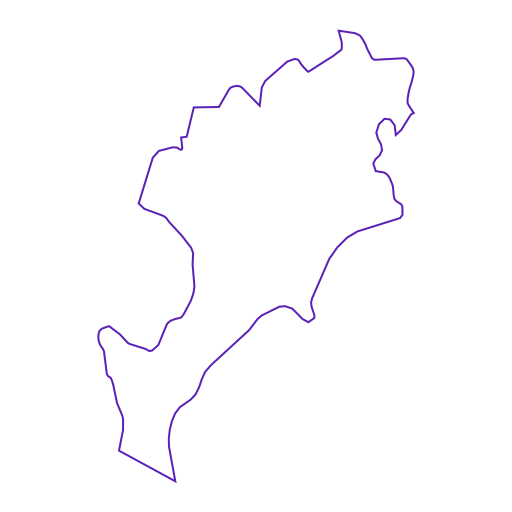 the Department of Jutiapa
{"feature_id": "GTM-1962", "entity_name": "Jutiapa", "entity_type": "Department", "adm_level": 1, "iso_a3": "GTM", "parent_name": "Guatemala", "parent_adm1": "", "projection": "equal_earth", "projection_center": [-89.89, 14.155], "detail": "fine", "context": "isolated", "style": "outline", "palette": "violet", "viewbox_px": 512, "rotation_deg": 0, "n_neighbors": 0, "source": "natural_earth", "source_scale": "10m", "svg_char_len": 2260}
<svg xmlns="http://www.w3.org/2000/svg" viewBox="0 0 512 512"><path d="M314.1,314.3L314.4,315.2L314.2,318.1L308.4,322.2L302.6,319.1L292.3,308.6L285.1,306.2L279.3,306.7L261.8,315.4L257.5,319.1L249.1,330.1L211.1,365.0L205.2,371.8L201.8,379.2L199.2,387.0L195.5,394.5L190.7,399.6L179.8,407.2L175.1,413.5L171.9,421.2L169.8,429.7L168.8,438.3L169.0,446.7L175.3,481.3L119.0,450.7L120.4,443.5L123.0,430.2L123.1,420.7L122.9,418.1L122.2,415.4L117.1,403.3L113.2,384.7L111.9,380.4L110.7,377.9L108.8,376.6L107.9,375.9L107.3,374.9L106.8,373.6L104.0,351.6L103.3,349.5L101.3,346.7L100.0,344.6L98.7,340.7L98.4,338.8L98.3,336.0L98.8,333.0L99.4,331.1L101.8,328.7L109.0,326.1L120.1,334.5L127.8,342.9L129.8,344.0L145.4,348.9L149.3,351.0L151.0,350.8L152.2,350.5L158.4,344.9L164.6,329.7L167.1,323.8L168.5,322.4L170.7,320.7L175.3,319.0L180.6,317.7L181.5,317.2L183.8,314.0L190.7,301.1L192.8,295.2L193.9,290.6L194.3,287.5L194.4,285.9L192.6,264.8L193.1,253.1L191.2,247.8L181.6,235.4L169.3,222.2L166.6,218.5L165.0,216.9L162.8,215.7L144.4,208.9L138.7,203.5L152.8,157.7L158.1,151.8L158.9,150.9L172.7,147.3L177.1,147.6L179.0,148.9L181.0,149.8L181.9,149.3L182.3,147.6L181.1,137.5L186.7,136.7L193.8,107.4L218.9,107.0L228.3,90.7L229.9,88.3L231.0,87.5L232.5,86.8L235.3,86.1L237.0,85.9L238.6,86.1L239.8,86.4L240.9,86.9L242.1,87.7L259.7,105.8L261.8,87.5L265.1,81.1L273.2,73.9L280.7,67.4L287.2,61.6L294.9,58.9L297.8,59.6L299.3,61.2L300.5,63.3L303.2,66.8L307.5,71.3L308.3,71.8L333.0,56.1L341.5,49.6L341.8,47.8L341.8,42.6L338.7,30.7L354.7,33.1L359.6,35.3L360.5,36.2L363.2,40.2L365.5,44.4L367.4,49.3L371.9,58.0L373.3,59.2L374.7,59.8L404.4,58.2L406.9,59.4L412.5,67.4L413.6,71.0L413.5,73.4L413.1,76.2L411.2,83.5L410.0,86.9L408.7,92.1L407.7,98.2L407.5,101.0L407.6,102.9L407.9,103.8L408.4,104.8L413.5,112.8L413.7,113.0L410.9,114.5L401.2,130.0L395.8,135.0L394.6,125.2L390.3,119.5L384.5,118.8L378.9,124.3L376.3,132.7L378.0,138.7L380.9,144.0L382.1,150.2L379.6,155.4L375.6,159.1L373.3,163.5L375.7,171.1L384.0,172.5L386.7,174.1L389.0,176.9L390.1,179.0L392.4,184.7L393.0,187.2L393.7,195.3L394.4,198.8L396.1,201.0L401.2,204.3L402.4,206.4L402.5,214.8L400.0,218.1L357.5,231.4L347.1,237.6L337.1,247.6L329.2,259.0L312.2,298.1L311.1,302.4L311.5,306.5L314.1,314.3Z" fill="none" stroke="#5b21b6" stroke-width="2"/></svg>